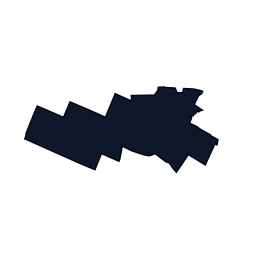 Uda-Clocociov, Teleorman, Romania (Equal Earth projection), rotated 222°
{"feature_id": "2599482B85467448595775", "entity_name": "Uda-Clocociov", "entity_type": "district", "adm_level": 2, "iso_a3": "ROU", "parent_name": "Romania", "parent_adm1": "Teleorman", "projection": "equal_earth", "projection_center": [24.718, 43.898], "detail": "fine", "context": "isolated", "style": "filled", "palette": "ink", "viewbox_px": 256, "rotation_deg": 222, "n_neighbors": 0, "source": "geoboundaries", "source_scale": "gbopen_adm2", "svg_char_len": 1466}
<svg xmlns="http://www.w3.org/2000/svg" viewBox="0 0 256 256"><g transform="rotate(222 128 128)"><path d="M97.0,205.1L97.9,205.0L100.4,203.6L105.3,200.9L113.1,194.5L112.5,193.6L110.9,190.6L111.6,190.1L115.2,187.1L119.7,189.2L124.5,185.4L128.0,182.6L129.1,182.4L129.1,181.8L129.4,181.6L130.8,180.4L131.9,179.5L132.7,178.5L131.3,176.4L131.0,175.8L130.6,172.1L130.5,171.9L130.2,170.2L130.4,170.1L135.6,165.2L147.3,154.3L145.4,152.6L144.9,152.2L144.3,151.3L143.8,150.3L144.0,150.2L160.5,144.9L160.3,144.6L151.9,120.9L152.0,120.8L160.8,118.0L169.9,115.0L188.5,108.6L188.3,108.0L183.0,92.7L183.4,92.6L191.9,89.8L210.1,83.6L210.0,83.3L208.0,77.4L204.3,67.1L203.7,65.4L200.5,56.9L199.8,55.3L199.4,54.7L198.6,54.0L198.3,53.1L197.5,50.9L139.9,69.6L124.7,74.9L129.2,87.2L130.6,91.3L112.5,97.2L113.5,99.8L120.2,110.7L115.7,112.0L110.2,113.5L100.3,117.8L97.5,119.1L95.7,120.3L93.9,121.4L94.1,121.6L93.5,122.0L92.6,123.3L91.9,124.7L90.7,127.2L83.1,127.7L77.3,128.3L76.4,128.6L74.5,129.5L73.1,129.5L70.9,129.0L69.2,128.5L67.6,128.1L63.2,127.6L62.5,127.5L63.7,137.1L65.5,148.7L59.2,149.8L45.9,152.3L52.8,174.1L50.6,175.0L53.4,179.5L54.9,179.1L61.6,177.5L61.9,178.1L70.1,176.2L73.5,175.5L78.6,174.9L85.5,172.7L87.5,178.1L89.0,178.4L88.2,180.6L87.8,180.7L87.9,182.1L87.8,183.2L87.5,184.3L87.9,186.4L87.7,186.8L86.4,187.1L85.8,189.3L84.7,191.0L91.1,190.1L94.3,189.6L95.4,192.8L97.2,199.1L96.3,202.8L96.6,203.9L97.0,205.1Z" fill="#0f172a" stroke="#020617" stroke-width="1.5"/></g></svg>